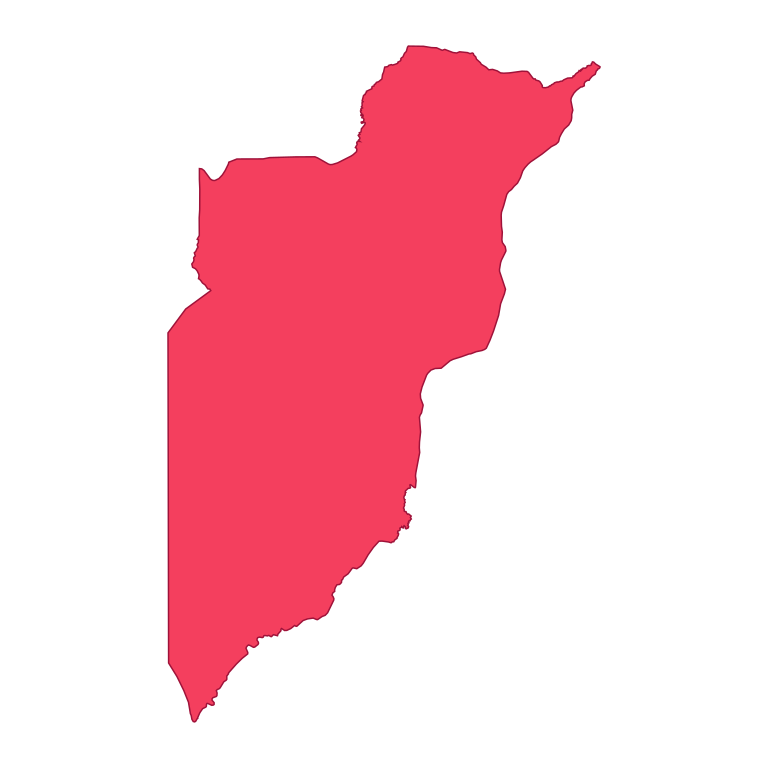 the district of Chi Kraeng, Siemréab, Cambodia
{"feature_id": "14789045B44896386917879", "entity_name": "Chi Kraeng", "entity_type": "district", "adm_level": 2, "iso_a3": "KHM", "parent_name": "Cambodia", "parent_adm1": "Siemréab", "projection": "albers", "projection_center": [104.442, 13.166], "detail": "fine", "context": "isolated", "style": "filled", "palette": "rose", "viewbox_px": 768, "rotation_deg": 0, "n_neighbors": 0, "source": "geoboundaries", "source_scale": "gbopen_adm2", "svg_char_len": 6001}
<svg xmlns="http://www.w3.org/2000/svg" viewBox="0 0 768 768"><path d="M498.6,315.4L500.6,303.8L504.4,293.8L505.5,289.2L499.6,271.5L499.5,269.4L500.6,262.7L501.5,260.0L505.8,251.3L505.9,250.3L505.2,246.6L502.4,242.6L501.9,239.8L502.3,232.2L501.5,226.3L501.2,215.3L501.5,212.2L503.7,205.6L506.8,194.4L508.6,191.7L511.5,189.5L514.1,186.3L517.5,183.1L520.4,177.7L522.8,170.8L524.9,167.7L528.1,164.1L530.6,161.9L542.1,154.0L551.4,146.6L556.0,144.2L558.2,142.1L558.7,141.2L559.6,137.3L561.4,133.7L564.3,129.0L568.7,125.0L571.2,120.7L571.7,117.8L571.7,114.3L572.8,110.2L570.9,100.6L571.1,98.6L571.8,96.7L574.0,93.0L576.5,90.3L580.8,87.0L581.9,87.0L584.3,85.8L584.2,83.6L585.2,81.8L587.3,80.4L589.2,80.2L590.0,78.7L592.3,76.1L595.2,74.3L596.3,70.9L597.5,69.9L597.7,69.1L599.0,68.6L599.9,67.7L600.0,66.7L595.6,64.0L593.7,62.1L592.4,61.9L592.0,63.0L591.3,63.8L591.4,64.8L590.0,65.6L589.0,65.4L587.2,65.9L587.2,66.6L585.6,68.2L583.1,68.1L582.3,69.3L581.9,69.6L581.5,69.2L580.7,69.9L581.2,70.4L580.4,71.2L579.1,70.6L578.4,72.0L576.0,73.6L574.0,76.2L573.6,75.9L573.0,76.1L572.8,77.3L572.2,77.8L567.6,78.1L563.8,79.8L562.2,81.1L560.8,81.2L557.9,82.2L557.2,81.9L554.4,82.8L553.8,83.7L551.6,84.7L550.5,85.9L549.6,85.9L548.4,87.0L545.6,87.7L543.4,87.6L542.8,87.5L542.2,86.8L542.3,85.5L540.0,81.8L538.8,80.9L535.9,80.1L535.1,78.8L534.0,79.0L533.0,78.3L528.5,72.3L527.1,71.4L522.0,71.2L509.4,72.9L503.8,73.2L500.5,72.9L497.3,70.9L492.6,69.4L488.8,69.8L486.1,67.2L481.3,64.3L480.3,62.6L476.5,59.2L475.7,56.8L473.9,55.2L473.3,53.5L472.3,53.0L470.0,53.6L467.5,52.6L459.6,51.8L456.6,53.0L452.9,52.5L444.8,49.4L442.2,50.3L436.6,47.8L431.5,47.6L423.5,46.3L408.3,46.1L407.5,47.2L406.3,51.5L404.5,53.3L402.9,56.9L401.4,57.9L400.7,59.0L401.0,59.7L400.5,60.8L397.9,62.2L398.1,62.7L397.5,63.4L395.2,64.3L392.4,65.1L391.4,64.6L388.9,65.3L387.7,66.6L384.7,67.1L383.6,72.0L382.5,74.6L381.9,79.0L378.6,81.7L376.4,82.4L375.6,83.8L374.3,84.6L374.0,86.0L372.4,86.4L371.9,87.0L371.9,88.7L366.4,91.3L366.4,92.5L365.4,93.3L365.2,94.5L364.5,94.7L363.5,95.6L362.1,101.0L363.1,101.7L362.0,102.8L362.2,105.6L361.4,106.8L362.5,107.9L361.1,108.7L360.8,109.3L361.3,110.5L360.5,111.0L360.9,112.7L361.6,113.2L361.9,114.1L361.0,114.7L360.9,115.4L361.8,115.4L362.8,114.9L363.2,115.9L362.8,116.5L362.0,116.8L361.8,117.4L362.0,117.8L362.8,117.7L364.0,119.3L363.6,121.1L362.9,121.7L361.3,122.0L361.2,122.7L361.8,123.3L364.3,122.4L365.1,122.7L365.2,123.4L364.6,124.9L361.4,128.8L361.0,131.9L359.2,132.9L359.9,134.4L358.5,134.9L358.2,135.4L359.9,137.9L359.8,138.8L358.4,140.3L359.8,141.4L358.4,141.2L356.9,142.1L356.7,143.1L357.3,144.1L355.4,147.6L356.3,148.1L356.9,149.5L356.5,151.7L353.0,154.8L351.0,156.1L337.6,162.9L332.3,164.5L330.1,164.6L328.5,164.1L317.6,157.9L314.9,156.8L295.8,156.9L269.7,157.6L263.1,158.9L236.9,159.0L228.8,162.2L228.4,164.0L225.2,170.5L222.4,174.9L218.9,178.6L214.9,180.5L212.7,180.4L210.4,179.1L204.1,170.6L201.8,168.9L199.4,168.6L199.4,179.4L199.8,189.0L199.7,209.8L199.2,217.9L199.3,235.5L197.2,239.3L198.5,239.9L198.3,242.8L197.3,244.3L197.2,245.1L198.0,246.9L197.8,247.8L197.2,248.3L195.7,251.5L194.3,252.8L195.3,255.9L194.0,257.2L193.6,258.1L194.0,259.8L193.5,261.7L191.8,264.0L192.6,267.3L195.4,268.7L197.1,270.7L198.9,274.4L199.0,276.0L198.5,278.7L199.6,279.3L200.9,280.7L202.5,283.0L205.2,285.0L207.8,288.9L209.9,289.1L210.8,290.6L185.7,309.0L168.0,332.9L168.6,663.0L177.0,676.6L183.8,690.5L188.5,702.3L190.4,713.7L191.2,715.5L191.9,719.3L193.2,721.5L194.5,721.9L195.6,721.4L197.1,718.8L197.8,718.3L197.7,717.6L199.8,712.8L202.6,708.7L205.8,707.1L206.3,706.5L206.5,704.2L206.9,703.5L207.9,703.5L211.8,705.3L213.5,705.0L214.1,704.4L214.1,702.6L212.1,700.3L212.1,698.7L212.9,697.7L216.2,696.5L216.9,695.7L217.1,693.0L216.3,690.6L217.2,689.6L219.4,688.6L220.2,687.7L223.8,681.8L226.2,680.2L226.8,679.3L226.8,676.0L228.5,673.8L228.4,673.2L228.8,672.6L236.4,664.0L242.1,658.4L247.7,653.9L247.8,652.5L246.0,648.3L246.4,647.1L247.6,645.6L248.5,645.0L250.1,645.5L253.4,647.3L254.7,647.1L258.0,644.5L258.5,643.3L258.3,642.1L257.0,640.2L257.1,638.9L257.7,637.7L258.4,637.4L259.7,637.1L262.2,637.6L263.3,637.1L263.9,635.7L264.9,635.5L267.5,635.9L268.2,635.5L269.1,635.5L270.6,636.5L271.5,636.6L273.4,634.7L277.5,635.7L278.0,634.0L280.9,630.8L281.0,629.1L281.6,628.5L284.6,630.5L286.8,630.4L290.7,628.6L294.6,625.5L296.1,626.3L296.9,626.2L303.0,620.6L304.5,620.0L307.6,618.9L313.2,618.1L316.5,619.5L317.6,619.6L322.1,616.5L325.2,615.3L327.6,612.8L333.7,600.2L333.9,598.7L333.1,596.7L332.0,595.2L332.8,592.9L334.7,591.4L334.6,589.9L335.3,587.5L336.9,584.8L339.6,584.4L340.8,583.3L341.5,582.4L341.6,580.1L342.5,579.6L343.7,577.0L348.1,573.8L352.2,568.3L353.1,567.9L356.8,568.7L361.2,565.8L363.3,563.1L368.2,554.7L373.4,547.4L379.0,541.2L382.1,541.1L388.6,542.0L390.8,542.7L391.6,542.6L392.2,541.8L393.7,541.8L394.9,539.8L397.0,538.4L397.0,537.7L398.2,535.5L398.6,534.0L398.5,533.4L397.6,533.1L397.9,532.2L397.7,531.7L397.9,531.1L399.7,530.4L400.1,529.7L399.8,528.2L401.6,527.2L401.7,526.7L403.1,528.0L403.6,527.9L403.5,526.6L404.1,525.7L405.3,526.8L405.7,528.6L406.4,528.8L408.3,527.8L408.6,526.3L407.7,525.4L408.2,524.6L407.9,523.3L409.0,522.8L408.6,521.6L409.2,520.7L409.9,520.9L410.5,519.7L411.3,519.0L410.4,517.5L411.2,516.1L408.7,514.0L407.5,514.2L406.5,512.9L406.0,511.6L404.7,511.4L404.2,511.0L404.2,509.2L403.5,508.0L404.6,505.3L404.3,503.7L405.2,502.4L404.5,500.8L405.0,499.7L404.3,499.3L403.8,497.3L404.5,495.4L405.1,495.1L405.3,492.9L405.8,492.6L405.3,492.1L405.5,490.9L408.1,488.4L410.0,488.1L410.5,487.7L409.9,485.4L410.1,484.7L410.6,484.7L414.3,487.5L415.3,487.6L415.5,487.1L416.1,480.6L415.5,476.0L415.8,473.0L419.7,452.5L419.3,447.8L419.5,442.0L420.6,431.9L419.4,417.3L420.1,415.1L421.5,412.9L423.0,406.0L423.1,405.0L420.6,398.3L420.3,393.9L422.0,387.1L426.6,375.1L427.8,373.3L430.9,370.1L435.1,368.5L441.2,368.2L450.0,360.8L453.1,359.3L461.5,356.7L468.9,354.0L470.8,353.8L476.2,351.7L482.0,350.5L484.7,349.4L486.3,348.2L489.9,340.4L493.5,331.1L498.6,315.4Z" fill="#f43f5e" stroke="#9f1239" stroke-width="1.5"/></svg>